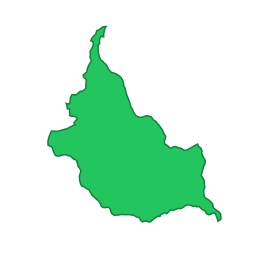 the district of Grão Pará, Santa Catarina, Brazil, rotated 353°
{"feature_id": "56859067B23369075727093", "entity_name": "Grão Pará", "entity_type": "district", "adm_level": 2, "iso_a3": "BRA", "parent_name": "Brazil", "parent_adm1": "Santa Catarina", "projection": "natural_earth1", "projection_center": [-49.313, -28.124], "detail": "fine", "context": "isolated", "style": "filled", "palette": "green", "viewbox_px": 256, "rotation_deg": 353, "n_neighbors": 0, "source": "geoboundaries", "source_scale": "gbopen_adm2", "svg_char_len": 3067}
<svg xmlns="http://www.w3.org/2000/svg" viewBox="0 0 256 256"><g transform="rotate(353 128 128)"><path d="M195.0,152.4L183.4,157.2L180.6,156.8L179.1,155.2L177.0,154.1L174.9,153.3L172.5,152.1L170.5,152.2L168.4,153.3L166.7,152.5L165.0,150.2L162.6,148.4L162.4,145.6L163.6,143.3L164.4,140.9L163.0,138.0L162.0,134.2L160.6,131.7L159.0,128.8L157.7,127.1L156.5,124.8L153.9,122.8L152.6,119.9L150.5,118.8L148.0,118.1L145.0,118.5L142.0,119.2L139.4,118.2L136.9,116.2L135.4,112.7L134.5,109.6L133.3,107.0L132.9,103.5L132.3,100.7L131.5,97.7L130.7,94.7L130.3,91.8L130.0,88.4L128.9,85.4L129.0,82.4L128.4,79.7L127.5,77.4L125.9,75.4L123.4,73.3L120.9,71.9L118.4,70.8L116.9,69.0L115.6,66.7L114.9,64.5L114.0,62.3L112.3,60.6L111.2,58.9L109.2,57.0L108.2,53.6L107.8,50.1L107.9,46.4L108.4,42.6L110.1,40.4L110.4,37.7L111.1,35.4L112.1,33.7L115.0,34.6L115.2,32.1L116.1,29.5L117.1,26.6L118.6,24.6L115.5,24.5L112.9,26.0L110.9,27.2L109.1,27.4L108.1,29.3L107.2,31.2L104.7,32.9L102.9,34.6L101.7,37.0L103.8,38.1L103.8,41.1L102.4,43.7L101.1,45.5L99.6,47.6L99.6,50.6L98.9,53.0L99.9,56.7L97.9,59.2L96.2,61.7L94.8,64.3L94.1,67.3L92.0,68.5L89.8,70.2L90.6,72.8L92.3,74.7L92.2,77.0L91.3,80.1L91.3,82.9L89.2,85.0L87.0,85.8L85.0,85.8L82.9,87.1L81.0,88.7L78.7,88.5L76.4,88.1L74.6,91.0L73.8,94.0L73.4,96.6L71.4,96.8L69.7,96.0L70.1,98.7L70.2,101.7L72.2,101.8L72.0,105.2L71.6,108.4L73.4,109.6L75.7,109.8L78.3,111.0L78.6,113.2L76.5,114.7L75.0,116.3L75.9,118.4L74.0,118.7L71.7,119.7L69.9,120.2L67.6,121.3L64.3,121.6L61.1,122.2L59.2,122.6L56.6,122.6L53.9,122.0L51.6,121.7L50.1,124.1L48.2,127.8L46.9,131.5L46.6,135.4L49.0,136.9L50.6,138.5L50.9,141.3L51.6,143.7L52.8,146.6L55.1,147.4L57.4,147.3L59.9,146.8L62.6,146.8L65.2,148.2L67.4,148.8L68.8,150.6L70.2,152.2L72.4,153.3L73.4,155.7L73.7,158.0L73.8,160.1L74.9,161.8L76.1,164.7L75.1,167.0L74.0,169.6L73.6,172.7L73.8,175.4L74.2,178.4L75.5,180.4L77.5,181.1L78.9,182.7L81.8,184.5L82.8,187.4L84.3,190.5L86.5,193.0L88.2,195.0L90.2,197.1L91.5,200.4L92.1,202.7L94.1,204.0L96.5,204.3L98.7,204.0L100.5,206.1L100.8,208.9L101.5,211.0L103.4,212.8L106.1,213.1L108.5,213.1L111.1,213.1L114.2,213.6L116.5,213.9L118.2,214.0L120.5,214.7L123.0,215.3L125.6,217.3L128.6,218.7L129.3,221.3L131.1,223.0L133.0,222.3L134.9,222.8L136.9,223.7L139.0,223.9L141.3,222.0L143.0,221.1L144.9,220.3L146.6,219.2L148.9,219.7L150.2,217.8L152.1,217.4L153.9,216.5L156.0,217.8L158.4,216.0L160.1,214.4L162.5,215.3L165.3,214.6L168.0,213.9L170.5,214.5L173.5,213.2L176.0,211.8L178.9,211.6L181.3,212.7L183.0,213.7L185.1,213.7L187.0,214.7L188.9,214.4L190.1,216.1L191.9,218.0L194.5,219.8L195.3,222.5L197.7,224.0L200.1,223.5L202.1,222.7L204.2,223.4L204.7,225.5L205.5,228.1L205.9,231.5L209.0,230.0L209.4,227.7L209.4,224.5L208.2,222.5L206.4,221.0L205.0,219.7L203.0,217.5L202.7,213.4L201.4,211.7L200.0,209.9L198.5,208.5L196.7,207.3L195.4,205.3L195.3,202.2L195.6,198.7L197.0,196.5L197.0,193.1L197.2,189.1L196.1,186.5L194.9,184.1L196.9,178.9L198.4,175.5L200.0,173.0L200.7,169.6L199.4,166.6L198.6,164.4L198.1,162.1L198.7,159.8L197.8,156.7L196.0,155.2L195.0,152.4Z" fill="#22c55e" stroke="#15803d" stroke-width="1.5"/></g></svg>